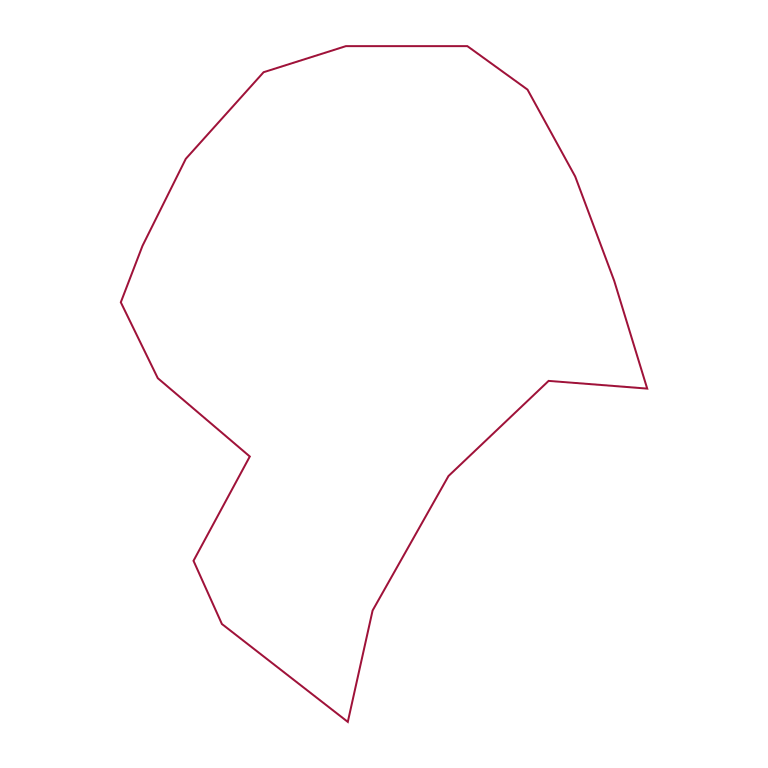 map outline of Bangui (Mercator projection)
{"feature_id": "CAF-1460", "entity_name": "Bangui", "entity_type": "Autonomous Commune", "adm_level": 1, "iso_a3": "CAF", "parent_name": "Central African Republic", "parent_adm1": "", "projection": "mercator", "projection_center": [18.542, 4.372], "detail": "fine", "context": "isolated", "style": "outline", "palette": "rose", "viewbox_px": 768, "rotation_deg": 0, "n_neighbors": 0, "source": "natural_earth", "source_scale": "10m", "svg_char_len": 351}
<svg xmlns="http://www.w3.org/2000/svg" viewBox="0 0 768 768"><path d="M647.2,388.6L548.6,380.9L448.5,476.0L372.6,610.5L347.8,721.9L221.9,624.0L193.5,560.8L249.8,456.5L157.8,378.2L120.8,302.3L142.5,245.8L185.8,158.8L263.6,72.2L346.0,46.1L467.3,46.1L527.5,89.6L575.2,176.5L614.2,280.8L647.2,388.6Z" fill="none" stroke="#9f1239" stroke-width="2"/></svg>